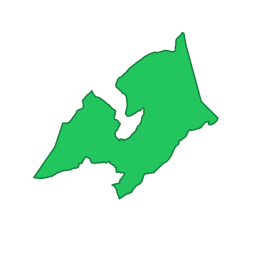 San Pedro Teozacoalco, Oaxaca, Mexico, rotated 230°
{"feature_id": "50627088B69168049256602", "entity_name": "San Pedro Teozacoalco", "entity_type": "district", "adm_level": 2, "iso_a3": "MEX", "parent_name": "Mexico", "parent_adm1": "Oaxaca", "projection": "equal_earth", "projection_center": [-97.274, 17.003], "detail": "fine", "context": "isolated", "style": "filled", "palette": "green", "viewbox_px": 256, "rotation_deg": 230, "n_neighbors": 0, "source": "geoboundaries", "source_scale": "gbopen_adm2", "svg_char_len": 5861}
<svg xmlns="http://www.w3.org/2000/svg" viewBox="0 0 256 256"><g transform="rotate(230 128 128)"><path d="M164.7,231.6L165.5,231.1L166.2,230.8L166.1,230.3L165.7,229.7L165.5,228.7L165.2,227.7L165.1,226.7L165.2,224.7L165.0,223.8L164.8,222.1L164.3,221.2L162.4,219.3L161.6,218.9L160.8,218.1L160.3,217.3L159.6,216.4L159.1,215.7L158.2,215.2L157.2,214.8L156.9,214.2L156.7,212.7L157.4,212.0L158.1,210.8L158.8,210.1L160.4,209.0L161.0,208.6L162.9,207.1L163.5,206.4L165.1,202.5L165.5,201.5L166.6,199.6L167.0,198.7L168.2,198.0L168.8,197.1L169.3,196.0L169.7,194.9L170.3,193.7L170.6,192.3L171.2,190.7L171.2,189.7L171.6,188.2L171.8,187.4L172.0,186.5L172.0,184.6L171.8,182.8L172.1,181.2L172.2,179.5L172.5,177.7L172.6,176.1L172.4,174.3L172.6,172.9L172.6,170.7L172.6,169.6L172.8,167.8L172.7,167.1L172.1,163.9L171.9,162.7L171.8,159.4L171.7,158.1L171.5,156.2L171.6,155.1L171.8,154.6L172.1,153.8L172.2,153.1L172.1,152.3L171.6,151.1L171.0,150.1L170.3,148.6L170.2,148.6L169.7,147.8L169.6,147.6L168.9,146.5L168.2,145.9L167.2,145.5L166.0,145.5L164.6,145.9L163.2,145.9L160.8,146.5L160.1,146.4L159.2,146.2L158.4,146.0L157.6,146.4L157.1,146.8L155.9,147.3L154.1,147.1L153.6,146.9L152.8,146.8L146.2,142.4L145.4,141.5L144.8,140.8L143.0,138.6L142.5,137.8L142.0,136.9L141.1,135.9L140.4,135.3L139.4,135.2L138.4,135.1L137.5,135.2L136.8,136.2L136.3,136.8L135.8,137.8L135.7,138.7L135.2,140.9L135.0,142.3L134.8,142.9L134.6,145.6L134.4,147.3L134.0,147.7L133.6,148.5L133.6,149.3L133.7,151.2L133.6,152.6L132.3,152.8L131.1,151.4L130.5,150.8L129.6,150.2L128.9,149.6L128.3,148.9L128.1,148.1L127.8,147.0L127.6,146.3L126.6,144.9L125.6,144.0L124.4,141.9L123.9,140.8L123.3,139.6L122.9,138.6L122.9,138.0L123.1,137.0L122.9,136.2L122.6,135.5L121.9,134.3L121.9,133.7L121.5,133.3L120.7,132.2L120.6,130.3L120.6,129.9L120.6,128.8L120.6,128.1L120.4,127.2L120.3,126.3L120.1,125.6L119.9,124.7L119.8,123.0L119.9,122.3L120.1,120.9L120.3,119.8L120.8,117.1L121.9,117.5L122.0,117.3L122.2,117.1L122.5,116.8L122.8,116.5L123.0,115.6L123.3,115.5L123.6,115.5L124.0,115.4L124.5,115.2L124.6,114.7L124.7,114.1L124.8,113.5L124.7,113.4L124.4,113.5L124.2,113.4L125.1,113.2L125.5,113.0L127.3,113.2L128.1,113.1L129.0,112.9L129.7,112.9L130.2,113.1L131.0,113.8L131.4,114.2L132.0,114.4L132.7,115.4L133.1,116.3L133.4,117.4L133.5,118.1L133.4,118.6L133.5,119.1L134.0,119.6L134.5,120.3L134.9,121.7L135.0,122.3L135.1,122.8L135.5,123.7L136.2,124.5L136.6,124.9L137.4,124.5L138.4,124.6L139.5,124.8L140.5,124.7L141.8,124.3L142.4,123.7L143.1,123.4L143.9,123.4L144.8,124.0L145.3,124.7L145.6,125.1L146.1,125.7L146.5,125.9L146.6,126.9L147.8,127.5L148.1,128.0L148.3,128.7L148.5,129.1L149.8,129.5L151.0,129.1L153.5,128.3L154.3,128.4L155.1,128.2L156.5,128.4L157.8,128.2L158.9,127.9L159.9,127.6L161.3,127.2L162.1,127.4L162.9,127.2L164.0,127.0L165.2,126.6L166.5,126.3L167.2,126.3L168.0,125.9L169.2,125.6L170.2,125.1L171.4,124.3L172.4,123.4L173.9,123.2L176.0,123.3L178.0,123.5L179.7,124.2L179.7,123.6L179.4,121.8L179.3,120.7L179.3,119.8L179.5,117.8L179.1,116.4L179.0,115.0L178.8,114.1L178.6,113.5L178.5,112.8L178.3,110.9L177.9,110.4L177.4,110.1L176.4,110.0L175.7,109.5L174.8,109.0L174.2,108.7L173.7,108.4L173.0,107.3L172.3,106.8L172.2,105.6L172.7,104.3L173.5,102.3L173.8,100.4L173.4,98.8L172.6,97.9L172.3,96.4L172.0,95.4L171.7,94.4L171.6,92.9L170.9,90.6L170.5,89.7L170.5,88.8L170.4,87.7L170.0,87.0L170.6,85.2L171.2,84.1L171.8,83.3L172.3,82.6L173.6,81.2L160.5,59.9L150.7,24.4L150.2,24.4L149.5,24.7L149.2,25.4L148.2,26.1L146.6,27.6L145.0,29.3L144.2,30.8L143.5,31.8L143.0,32.9L142.2,34.0L141.8,35.2L141.3,36.4L140.7,37.5L140.1,38.3L139.7,40.4L139.4,42.1L139.3,44.2L138.8,46.3L138.3,46.7L137.7,49.5L137.3,50.3L135.8,52.8L134.9,54.1L134.0,55.8L133.3,56.7L133.0,57.2L132.6,57.9L132.6,59.3L132.2,60.5L131.8,61.2L131.1,61.8L130.6,62.7L130.2,63.7L130.3,65.3L130.6,65.4L130.9,66.3L131.4,66.8L132.0,67.2L132.0,67.6L131.7,68.0L131.7,69.0L130.9,69.2L130.9,69.8L131.3,71.6L131.8,71.8L132.1,73.2L132.6,74.8L133.0,77.0L132.6,77.6L132.1,77.8L131.3,78.1L130.7,78.3L129.7,79.0L128.3,78.9L126.8,78.2L125.5,77.9L124.2,78.2L123.5,78.9L122.7,79.7L122.0,80.5L121.4,81.6L120.8,82.5L119.0,84.7L118.1,86.4L117.4,87.2L116.4,88.6L115.3,88.8L115.0,89.9L114.6,91.3L114.1,92.4L113.4,91.8L112.8,91.6L112.3,91.6L111.3,92.3L110.3,92.3L109.4,92.6L108.6,93.0L108.2,93.3L106.5,93.0L105.8,93.0L104.9,93.3L104.6,92.8L102.2,91.1L101.6,90.9L101.1,91.2L100.5,92.0L99.9,93.1L99.5,93.4L98.7,93.4L97.7,94.6L96.4,96.0L96.0,96.0L95.6,96.0L95.1,96.0L94.7,95.8L94.6,95.4L94.2,93.0L93.7,91.5L93.6,90.9L93.2,88.6L92.8,88.6L92.8,88.0L92.7,87.3L91.5,86.7L91.4,86.3L91.9,84.7L92.3,84.2L92.9,82.7L93.3,82.3L93.4,81.5L93.9,80.7L94.3,80.1L94.4,79.3L93.9,79.5L93.5,79.9L92.6,80.2L91.8,79.9L91.0,79.9L90.3,80.0L89.5,79.9L88.6,79.7L87.9,79.4L86.8,79.1L85.8,78.4L85.1,78.1L84.1,77.6L83.3,77.5L82.5,77.3L81.8,77.2L81.2,76.9L80.7,76.4L80.0,76.1L79.2,76.2L79.2,76.4L78.4,84.1L76.5,89.1L77.0,90.6L77.4,91.5L77.7,92.7L78.0,93.7L78.1,94.9L78.3,97.1L78.2,97.8L78.3,99.1L77.8,100.3L77.6,101.4L78.0,103.8L78.5,104.8L78.9,105.4L79.5,106.3L80.1,107.1L82.2,111.0L77.3,119.2L78.2,132.2L77.5,135.6L77.6,136.6L77.7,137.7L77.9,139.3L78.2,140.4L79.0,143.2L79.5,144.2L80.0,145.3L80.6,146.4L81.3,147.6L81.8,148.9L82.3,150.1L82.8,151.2L83.2,152.4L83.3,153.2L83.1,155.2L83.3,156.5L83.6,157.3L84.1,157.6L84.8,157.6L85.3,158.3L85.0,159.4L84.7,160.0L84.6,161.0L84.7,162.8L84.4,164.3L84.3,165.3L84.6,167.4L85.0,168.3L85.7,169.7L86.2,170.9L86.8,172.2L86.8,173.2L86.5,174.0L85.5,175.4L84.8,176.4L84.2,177.3L83.6,178.5L83.2,179.9L82.5,181.2L81.8,183.0L81.5,184.1L81.6,185.4L82.1,186.7L82.4,189.1L82.5,190.2L82.5,191.1L82.1,192.1L81.7,193.1L81.3,193.6L80.9,193.8L80.5,193.7L80.1,193.4L79.4,192.4L78.8,192.2L78.3,192.3L78.0,192.5L77.8,193.1L77.5,193.5L77.0,194.3L76.6,195.8L76.3,197.2L76.3,198.7L76.4,199.6L76.5,200.4L76.7,201.2L77.1,202.0L77.9,203.3L101.2,201.1L154.4,225.7L164.7,231.6Z" fill="#22c55e" stroke="#15803d" stroke-width="1.5"/></g></svg>